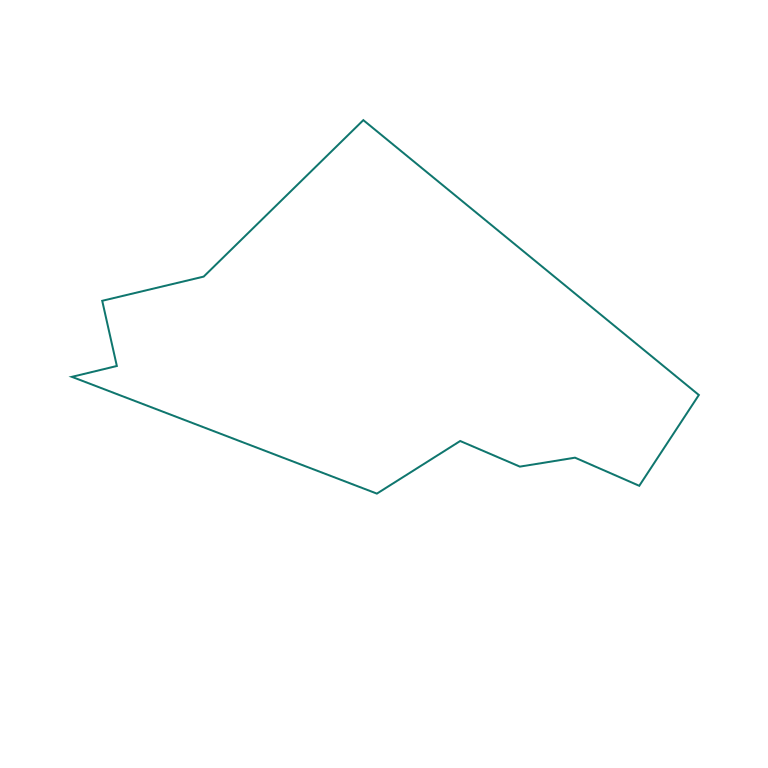 SVG path tracing the border of Mengeš, rotated 235°
{"feature_id": "SVN-968", "entity_name": "Mengeš", "entity_type": "Municipality", "adm_level": 1, "iso_a3": "SVN", "parent_name": "Slovenia", "parent_adm1": "", "projection": "natural_earth1", "projection_center": [14.55, 46.165], "detail": "fine", "context": "isolated", "style": "outline", "palette": "teal", "viewbox_px": 768, "rotation_deg": 235, "n_neighbors": 0, "source": "natural_earth", "source_scale": "10m", "svg_char_len": 310}
<svg xmlns="http://www.w3.org/2000/svg" viewBox="0 0 768 768"><g transform="rotate(235 384 384)"><path d="M154.2,534.7L214.1,498.2L238.4,447.9L293.6,413.7L298.3,315.3L568.9,132.4L552.0,175.5L613.8,200.9L575.4,297.9L612.0,518.4L194.4,635.6L154.2,534.7Z" fill="none" stroke="#0f766e" stroke-width="2"/></g></svg>